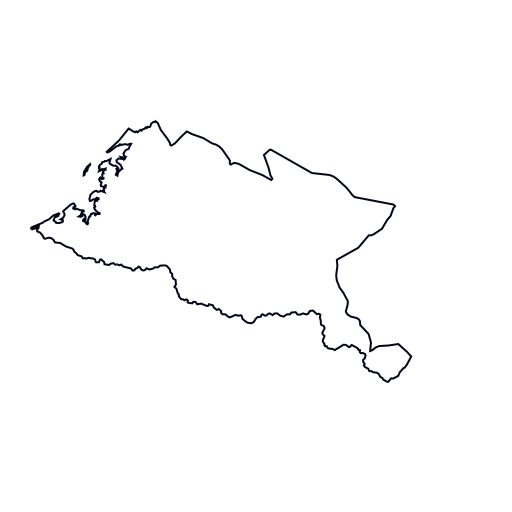 outline of Govuro, Inhambane, Mozambique, rotated 222°
{"feature_id": "85939544B19130781251351", "entity_name": "Govuro", "entity_type": "district", "adm_level": 2, "iso_a3": "MOZ", "parent_name": "Mozambique", "parent_adm1": "Inhambane", "projection": "albers", "projection_center": [34.741, -21.317], "detail": "fine", "context": "isolated", "style": "outline", "palette": "ink", "viewbox_px": 512, "rotation_deg": 222, "n_neighbors": 0, "source": "geoboundaries", "source_scale": "gbopen_adm2", "svg_char_len": 6145}
<svg xmlns="http://www.w3.org/2000/svg" viewBox="0 0 512 512"><g transform="rotate(222 256 256)"><path d="M435.9,265.5L435.1,250.2L436.6,233.5L435.6,233.6L434.6,236.0L433.1,244.1L431.1,247.5L432.0,247.2L432.1,247.7L429.7,249.3L428.2,251.5L425.8,252.8L424.6,255.4L423.8,255.8L423.4,253.2L422.3,250.4L423.7,247.5L423.1,243.6L420.9,242.1L419.2,242.5L419.5,241.4L418.5,240.8L418.6,240.4L419.6,240.7L418.6,239.8L418.8,239.1L421.3,239.9L422.5,239.2L419.9,239.0L423.4,236.5L423.7,233.7L422.4,232.6L417.8,233.1L413.7,231.5L414.3,229.9L414.4,226.0L412.8,222.9L414.6,222.6L416.0,226.8L417.2,226.8L418.1,227.5L417.6,228.4L416.4,228.1L416.9,229.1L420.3,229.5L422.9,227.4L426.6,226.8L427.6,227.5L429.0,230.7L430.8,226.2L432.0,225.3L432.0,224.2L433.1,222.9L432.4,221.3L432.9,219.5L432.7,217.7L431.0,216.8L430.9,216.4L431.5,216.3L431.2,216.0L430.1,215.9L429.4,214.0L428.5,216.2L428.5,217.8L427.2,218.5L426.3,220.4L425.6,219.6L426.1,219.4L425.9,217.9L426.4,217.0L426.0,215.9L424.5,215.4L425.0,214.6L424.8,213.7L422.4,211.2L421.5,211.9L421.1,211.4L422.2,209.8L424.2,210.1L424.0,208.0L421.5,207.0L420.0,207.4L418.9,204.9L418.0,204.2L415.5,205.4L415.0,206.4L415.3,207.9L414.8,208.1L413.6,205.9L414.3,205.0L414.1,203.9L413.1,203.5L413.3,202.5L411.4,202.0L415.2,200.5L415.2,199.5L416.4,197.8L418.1,197.7L418.7,197.1L419.7,194.8L420.0,190.7L417.8,186.7L416.2,185.8L415.7,186.3L415.0,188.9L413.5,190.7L413.4,191.7L412.9,191.2L413.0,190.6L412.3,191.1L412.6,193.0L411.7,193.5L410.3,192.6L411.8,192.8L411.0,190.6L412.2,189.4L412.3,188.5L409.9,185.3L409.2,185.6L408.4,185.0L408.6,183.5L406.2,182.6L402.3,182.6L400.8,183.2L400.4,182.5L402.4,180.8L402.6,178.7L403.1,178.7L403.4,180.1L404.2,180.0L406.1,178.4L406.0,177.6L406.7,176.9L405.7,174.5L406.2,174.2L406.2,173.4L404.0,168.6L402.9,168.3L402.4,166.9L402.9,166.5L405.6,166.9L407.1,168.9L407.7,167.5L407.4,165.7L408.7,167.4L408.4,169.6L408.8,171.1L410.9,171.9L413.0,171.2L411.7,169.5L412.6,167.7L414.1,166.8L413.6,168.5L414.7,172.5L413.8,173.7L414.2,174.4L415.0,174.3L417.1,172.5L420.8,171.2L421.6,170.6L421.6,169.7L423.6,169.0L424.3,170.2L423.5,171.3L423.6,172.4L426.4,173.1L427.1,172.6L428.1,170.1L429.3,160.5L429.1,160.0L426.8,159.4L425.5,158.0L424.9,155.4L425.7,152.4L423.5,153.4L422.6,152.4L422.7,151.3L424.5,148.6L426.7,146.9L427.8,147.5L429.1,146.9L430.4,147.2L431.6,150.6L430.4,151.8L431.6,153.0L431.3,153.5L429.9,153.5L430.5,155.8L431.1,155.7L433.8,150.4L434.4,144.6L436.4,140.2L436.8,137.9L441.9,127.1L441.7,126.1L440.8,125.8L440.0,126.2L439.1,128.4L437.9,129.4L438.6,130.9L438.7,129.8L439.5,130.9L437.7,133.2L436.4,131.4L436.2,129.1L435.1,127.9L432.1,128.9L428.0,128.4L425.3,127.2L424.0,128.0L422.6,130.6L420.4,132.2L417.2,132.5L414.5,131.6L410.1,134.7L403.9,135.8L397.5,138.6L395.7,138.5L393.9,137.6L391.4,137.8L389.2,137.3L385.5,139.0L383.0,138.4L382.1,139.7L380.6,140.3L379.2,142.6L374.8,145.4L373.2,145.7L371.4,144.4L370.5,144.4L368.5,146.4L369.5,148.8L369.0,149.8L364.9,149.9L363.0,148.5L359.1,151.1L358.9,153.0L357.1,155.3L354.7,155.4L353.6,156.9L351.2,157.8L350.5,159.4L347.7,159.3L340.5,163.1L338.0,162.6L336.8,163.9L337.1,165.7L336.1,168.0L336.3,169.4L335.3,170.0L332.1,169.2L330.2,169.7L329.1,171.2L329.2,173.5L326.0,174.8L324.0,178.0L323.7,179.8L321.2,182.1L320.8,184.7L317.6,187.9L315.9,188.9L311.2,188.5L308.8,186.6L306.3,186.6L304.8,184.9L302.3,183.8L299.7,184.4L296.3,181.1L296.0,178.5L293.2,178.4L289.3,176.0L287.4,175.7L286.5,174.5L282.9,173.8L281.3,174.9L279.5,175.3L278.8,177.1L278.1,177.4L276.7,177.3L276.1,176.0L275.0,175.9L271.7,178.2L271.9,180.0L271.3,180.6L269.9,181.4L267.4,180.8L264.9,183.9L259.0,186.0L258.1,187.2L258.7,188.6L255.2,190.5L253.0,189.5L249.0,189.7L248.3,191.6L245.2,191.8L243.8,190.4L241.9,190.3L239.5,192.3L237.1,192.1L234.4,192.8L231.8,198.5L229.3,199.7L227.5,201.9L226.4,201.8L223.9,200.2L218.6,200.5L216.6,201.4L214.4,203.0L213.5,205.5L214.2,209.1L213.9,211.7L211.8,214.1L212.5,215.8L212.2,217.0L209.2,217.8L208.3,219.2L208.3,221.1L207.5,222.4L204.0,223.3L203.9,225.5L201.9,227.5L197.9,227.9L194.9,229.5L194.0,233.3L191.7,235.4L191.9,237.6L189.2,240.6L188.1,240.8L186.7,240.2L185.2,240.7L183.8,242.3L182.6,244.8L179.6,246.2L178.6,247.9L179.2,251.3L177.1,253.6L171.8,253.5L170.8,255.1L169.0,255.5L167.1,252.7L165.2,251.8L162.1,248.8L161.3,248.5L158.9,249.3L156.7,248.3L155.3,243.3L154.0,242.5L151.5,242.4L150.0,238.1L148.7,237.0L146.0,236.4L145.7,235.6L144.2,235.2L142.9,236.3L141.4,235.6L140.2,235.8L136.9,238.2L134.5,238.8L131.6,248.6L129.6,250.1L125.9,250.5L125.3,251.9L125.5,253.7L124.7,254.1L118.7,255.5L117.6,254.8L115.6,255.6L114.9,254.2L113.3,253.8L111.5,255.5L109.1,256.1L108.1,255.4L106.7,252.9L106.8,250.3L105.3,249.0L102.9,248.4L102.6,246.8L100.8,246.4L97.2,247.3L94.7,246.3L93.1,247.8L91.6,247.8L87.8,250.3L85.5,250.4L82.8,249.3L80.6,249.9L78.6,249.3L74.7,250.2L73.5,251.0L73.7,255.5L72.0,256.8L70.1,262.1L71.4,266.0L71.4,271.3L70.8,272.5L71.2,276.3L73.4,285.2L79.8,285.8L91.3,285.8L97.8,278.0L104.2,271.5L105.9,268.0L106.5,263.9L107.6,261.8L112.7,268.7L120.2,273.4L132.3,274.4L135.2,277.1L137.1,277.7L139.6,277.3L145.0,274.4L149.0,273.8L152.0,274.7L155.2,280.9L157.5,283.9L166.4,287.1L172.8,288.5L179.6,291.9L183.5,295.3L188.8,303.0L193.4,307.3L185.5,330.6L186.0,346.8L184.2,348.5L183.0,351.1L180.6,360.6L182.6,370.3L182.8,375.9L185.8,383.2L186.1,386.1L188.3,386.2L221.9,365.9L224.6,365.7L234.2,367.3L247.8,367.4L251.6,366.9L255.6,365.4L269.9,355.1L316.0,345.0L316.9,344.1L317.7,336.4L305.8,330.0L299.0,325.5L295.9,324.5L295.4,324.1L295.6,322.6L305.5,320.4L318.0,315.7L330.6,312.9L334.4,310.7L336.1,306.9L337.3,307.2L339.1,309.3L340.8,309.9L352.4,312.6L356.3,312.8L359.9,312.1L364.4,310.2L374.0,308.4L385.0,303.8L390.3,302.4L390.8,302.1L391.4,294.6L391.6,285.5L392.8,281.4L394.0,281.2L396.1,282.6L400.9,284.0L410.9,285.9L418.0,289.1L421.0,288.9L420.9,287.7L422.0,286.8L422.4,284.1L421.2,281.5L421.6,280.2L422.9,279.6L422.8,278.1L423.6,278.3L424.1,277.5L423.9,276.1L425.2,273.7L424.9,272.6L426.3,272.3L426.8,268.6L428.4,268.5L428.5,267.3L429.8,266.6L435.9,265.5ZM440.7,213.3L441.2,209.6L440.5,205.1L440.1,203.4L438.0,200.6L437.7,201.4L439.0,203.8L438.5,206.4L440.0,209.3L440.3,213.0L440.7,213.3Z" fill="none" stroke="#020617" stroke-width="2"/></g></svg>